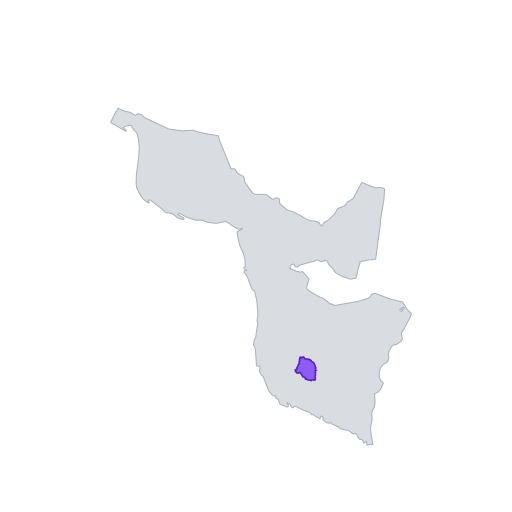 Mecuburi, Nampula, Mozambique shown in context, rotated 118°
{"feature_id": "85939544B36345946298130", "entity_name": "Mecuburi", "entity_type": "district", "adm_level": 2, "iso_a3": "MOZ", "parent_name": "Mozambique", "parent_adm1": "Nampula", "projection": "orthographic", "projection_center": [38.95, -14.45], "detail": "fine", "context": "in_parent", "style": "filled", "palette": "violet", "viewbox_px": 512, "rotation_deg": 118, "n_neighbors": 0, "source": "geoboundaries", "source_scale": "gbopen_adm2", "svg_char_len": 7528}
<svg xmlns="http://www.w3.org/2000/svg" viewBox="0 0 512 512"><g transform="rotate(118 256 256)"><path d="M167.5,345.7L170.4,343.2L189.7,320.2L190.9,319.3L189.1,315.6L191.6,311.2L191.7,304.5L192.4,303.4L195.5,301.0L199.5,293.9L202.0,288.5L202.2,285.9L198.1,278.6L196.8,274.7L197.8,271.3L198.1,268.0L197.6,267.0L195.1,265.7L194.7,264.3L194.6,262.6L195.1,261.7L198.0,260.1L198.6,259.3L200.7,250.6L199.7,244.2L199.4,236.8L199.8,229.1L199.4,224.7L197.3,219.8L197.0,216.2L198.3,213.7L198.5,212.2L193.9,211.5L191.5,209.5L182.6,206.4L175.8,206.2L170.0,201.3L165.6,200.7L159.8,197.2L142.0,197.2L141.4,196.8L140.3,185.8L139.5,182.2L137.1,178.4L136.4,175.7L136.5,173.9L146.2,169.5L165.4,163.2L169.6,161.1L202.5,148.9L203.4,149.6L206.9,155.3L212.6,161.6L213.9,160.7L221.9,159.5L223.0,158.6L225.4,158.0L228.2,157.6L229.2,157.9L232.2,161.9L233.4,169.5L233.6,174.6L233.3,178.3L231.0,182.5L229.4,187.9L227.0,190.8L227.1,192.2L230.0,195.3L230.6,196.6L230.5,199.4L231.0,200.5L233.6,202.2L235.5,204.8L242.8,212.3L244.7,213.7L246.1,214.0L246.9,215.5L246.5,217.2L245.4,218.3L245.9,219.7L247.3,220.8L250.6,220.6L251.0,220.0L250.6,213.3L249.4,209.4L248.0,207.5L250.6,200.2L252.1,198.1L257.5,197.2L259.9,196.5L261.0,195.6L261.7,193.3L262.3,186.8L262.4,180.6L261.8,177.1L262.5,171.6L263.7,168.3L263.1,167.6L262.6,163.1L248.7,145.2L240.9,137.3L239.6,136.5L235.3,135.9L233.0,133.0L230.9,116.8L227.8,105.1L232.2,97.3L233.6,92.3L234.5,91.5L238.3,91.1L251.9,91.1L255.2,91.5L256.7,91.0L260.2,87.9L263.1,87.9L267.0,89.8L269.2,91.4L269.6,92.9L272.2,93.7L277.1,93.9L280.6,93.1L282.8,91.3L285.1,90.4L287.6,90.3L289.4,90.8L290.7,92.1L293.1,93.0L296.6,93.6L300.5,92.7L304.7,90.5L307.0,88.2L308.3,84.3L309.1,83.8L315.0,83.4L318.2,84.1L322.2,86.5L329.2,82.2L333.6,80.7L337.8,80.7L341.3,79.7L344.0,77.7L346.8,76.4L352.7,74.8L356.6,72.7L367.6,64.4L368.8,66.9L370.9,69.1L368.0,71.5L370.6,73.0L368.7,75.3L368.5,76.9L369.3,78.5L368.1,81.1L366.5,83.1L366.1,84.7L367.5,87.4L366.7,92.3L368.9,100.4L368.2,103.1L368.7,109.5L367.8,111.8L369.2,112.6L370.0,115.2L369.3,119.6L366.9,121.5L366.6,123.3L369.6,123.3L369.6,128.9L369.2,130.6L369.9,132.5L369.0,134.5L370.0,143.5L370.1,150.0L370.2,151.0L372.8,152.1L372.7,153.9L371.0,156.2L371.1,159.7L373.0,157.0L374.1,157.0L375.0,158.1L375.1,162.0L375.6,164.0L375.4,165.7L372.3,168.9L372.1,172.0L371.0,172.4L370.4,173.2L371.2,175.0L371.1,176.6L369.0,181.6L358.8,193.3L358.6,195.3L356.0,199.1L353.2,199.7L351.6,200.7L352.8,204.0L339.3,212.3L337.9,213.4L335.7,216.5L331.3,218.1L326.5,218.3L325.7,219.0L314.8,222.8L312.6,224.7L307.9,226.4L300.7,230.6L294.7,234.6L288.0,240.5L287.2,243.7L284.0,247.9L279.3,252.9L276.5,257.0L276.4,258.8L274.7,259.3L273.2,257.6L272.7,260.9L271.5,261.2L270.2,260.5L264.3,264.1L259.9,268.2L253.7,276.0L244.7,283.5L242.6,283.7L239.7,281.2L238.1,281.1L240.5,283.8L240.5,290.1L239.6,297.4L239.8,299.0L246.0,306.6L249.2,315.6L249.6,320.3L252.7,326.1L254.3,335.1L254.2,343.4L255.7,344.7L256.2,343.5L256.3,338.3L257.1,336.9L257.9,337.1L258.7,339.9L259.1,342.9L258.1,349.4L258.5,352.0L260.1,356.4L258.5,361.6L256.2,375.8L256.8,376.7L258.2,377.0L258.6,375.5L259.4,375.5L259.8,376.4L258.9,381.9L257.8,384.4L254.1,390.4L252.1,393.0L248.7,395.6L240.6,399.7L224.5,405.7L214.4,410.3L206.5,415.8L203.1,419.4L201.9,423.5L199.3,427.8L201.8,431.3L205.0,433.7L206.2,429.5L207.0,429.4L206.4,447.0L195.4,447.6L192.2,447.0L190.4,447.2L189.8,439.9L188.2,434.5L188.5,430.6L188.3,428.5L185.8,427.1L185.0,422.9L186.2,419.6L184.8,392.7L180.2,379.8L174.3,370.5L173.8,365.8L170.8,355.4L167.5,345.7ZM235.3,103.9L236.7,103.1L236.9,101.8L235.9,101.2L235.1,101.3L234.7,103.5L235.3,103.9ZM234.2,101.4L233.1,100.5L232.2,100.7L232.0,101.6L232.9,102.7L233.8,102.7L234.2,101.4Z" fill="#d9dde1" stroke="#a8b0b8" stroke-width="1"/><path d="M338.2,146.1L338.0,145.9L337.9,145.8L337.6,145.7L337.4,145.5L337.2,145.5L336.9,145.7L336.6,145.8L336.3,146.1L336.2,146.1L335.9,146.2L335.8,146.3L335.9,146.5L335.7,146.7L335.3,146.9L334.9,147.3L334.7,147.4L334.4,147.3L334.2,147.3L333.9,147.3L333.7,147.3L333.3,147.5L333.2,147.5L332.9,147.8L332.8,148.0L332.6,148.1L332.4,148.1L331.9,148.4L331.6,148.5L331.4,148.5L331.2,148.7L330.9,148.7L330.8,149.0L330.5,149.2L330.3,149.3L330.1,149.5L329.8,149.6L329.6,149.8L329.3,149.6L329.2,149.5L329.1,149.4L329.1,149.5L328.7,149.8L328.4,149.9L327.8,150.2L327.7,150.3L327.5,150.6L327.3,150.6L327.1,150.5L326.9,150.6L326.7,150.7L326.8,150.8L326.7,151.0L326.3,151.3L326.2,151.3L325.9,151.6L325.7,151.7L325.5,152.0L325.3,152.2L325.1,152.4L324.8,152.5L324.6,152.7L324.6,152.8L324.6,153.0L324.5,153.3L324.5,153.5L324.4,153.6L324.2,153.8L323.9,154.1L323.6,154.2L323.5,154.3L323.4,154.3L323.4,154.6L323.1,155.2L323.1,155.3L323.0,155.7L323.0,156.0L323.1,156.3L323.0,156.8L323.1,157.0L323.2,157.3L323.1,157.5L322.9,157.8L322.5,158.0L322.4,158.1L322.3,158.3L322.3,158.5L322.5,158.7L322.5,158.8L322.3,159.0L322.5,159.3L322.4,159.5L322.3,159.9L322.3,160.0L322.2,160.3L322.2,160.6L322.3,160.8L322.3,161.1L322.5,161.2L322.6,161.3L322.7,161.5L322.9,161.6L323.0,161.6L323.0,161.8L323.0,162.0L323.1,162.3L323.1,162.5L323.0,162.9L323.0,163.1L323.2,163.3L323.3,163.3L323.5,163.6L323.6,163.8L323.6,164.2L323.8,164.3L323.8,164.5L323.7,164.6L323.7,164.8L323.5,165.1L323.4,165.4L323.3,165.5L323.3,165.8L323.1,165.9L323.1,166.2L322.8,166.5L322.7,166.6L322.7,166.8L322.8,166.9L323.0,166.9L323.3,167.2L323.5,167.2L323.7,167.4L323.8,167.4L324.1,167.4L324.3,167.6L324.4,167.8L324.3,168.2L324.4,168.3L324.5,168.3L324.4,168.4L324.2,168.6L324.1,168.8L324.4,169.3L324.7,169.3L324.8,169.5L325.0,169.5L325.2,169.4L325.3,169.4L325.5,169.5L325.7,169.4L325.9,169.4L326.0,169.3L326.1,169.2L326.3,169.1L326.6,169.2L327.3,168.8L327.7,168.4L328.0,168.2L328.3,168.3L328.6,168.5L328.8,168.4L329.1,168.1L329.3,168.2L329.6,167.6L329.8,167.5L330.0,167.6L330.3,167.4L330.7,167.4L330.8,167.4L330.9,167.6L331.0,167.6L331.5,167.5L331.7,167.4L331.8,167.3L332.0,167.4L332.1,167.5L332.3,167.7L332.6,167.5L332.7,167.4L332.8,167.4L333.0,167.4L333.3,167.4L333.7,167.3L333.9,167.2L334.0,167.2L334.4,167.4L334.6,167.4L334.8,167.5L334.9,167.4L335.4,167.4L335.5,167.4L335.9,166.8L336.0,166.8L336.3,166.8L336.5,166.9L336.6,167.0L336.9,167.1L337.0,167.1L337.3,167.0L337.4,167.3L337.7,167.4L337.7,167.7L337.9,167.8L338.0,167.8L338.3,167.9L338.6,167.7L338.9,167.4L339.0,167.0L339.2,166.8L339.4,166.8L339.5,166.7L339.5,166.8L339.6,166.7L339.4,166.3L339.4,166.1L339.5,166.0L339.6,165.8L340.0,165.4L340.1,165.2L340.1,164.9L340.0,164.7L339.9,164.5L339.9,164.3L339.8,164.2L339.7,164.1L339.8,163.8L339.7,163.7L339.1,163.5L339.0,163.4L338.9,163.1L338.4,162.9L338.2,162.8L338.1,162.2L338.3,162.0L338.3,161.9L338.5,161.8L338.6,161.7L338.7,161.4L338.8,161.2L339.0,160.8L339.1,160.7L339.2,160.1L339.2,159.9L339.3,159.9L339.7,159.6L339.7,159.4L339.8,159.3L340.1,158.9L340.4,158.5L340.5,158.4L340.6,158.1L340.6,157.8L340.7,157.7L340.6,157.3L340.6,157.1L340.4,156.7L340.5,156.4L340.4,156.2L340.3,155.9L340.2,155.8L340.2,155.7L340.4,155.6L340.5,155.5L340.6,155.4L340.8,155.2L341.0,155.0L341.1,154.8L341.2,154.7L341.4,154.6L341.5,154.6L341.5,154.4L341.4,154.3L341.1,154.4L340.9,154.3L340.7,154.1L340.9,153.7L341.2,153.2L341.1,152.8L341.1,152.7L341.1,152.4L341.0,151.9L341.0,151.7L340.9,151.5L340.9,151.4L340.9,151.2L340.7,150.7L340.4,150.3L340.4,150.2L340.4,149.8L340.3,149.5L340.3,149.4L340.3,149.2L340.2,148.9L340.0,149.0L340.0,148.9L339.9,148.9L339.6,148.8L339.4,148.7L339.2,148.4L339.0,148.1L338.9,148.0L338.8,147.9L338.7,147.6L338.6,147.4L338.4,147.2L338.5,146.9L338.5,146.6L338.4,146.5L338.3,146.4L338.2,146.3L338.2,146.2L338.2,146.1Z" fill="#8b5cf6" stroke="#5b21b6" stroke-width="1.5"/></g></svg>